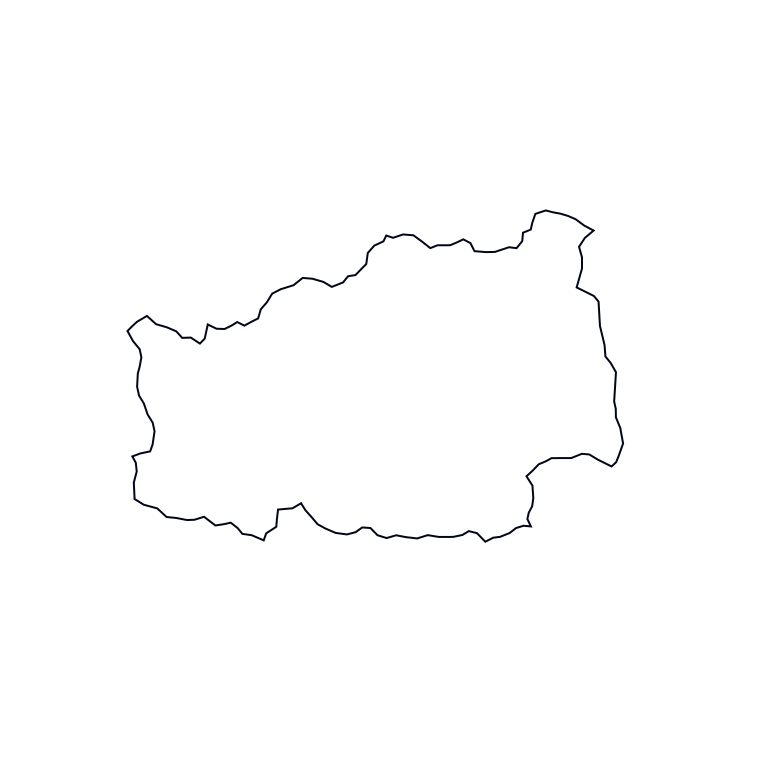 the district of São Sebastião da Grama, São Paulo, Brazil, rotated 314°
{"feature_id": "56859067B74553829999023", "entity_name": "São Sebastião da Grama", "entity_type": "district", "adm_level": 2, "iso_a3": "BRA", "parent_name": "Brazil", "parent_adm1": "São Paulo", "projection": "robinson", "projection_center": [-46.755, -21.751], "detail": "fine", "context": "isolated", "style": "outline", "palette": "ink", "viewbox_px": 768, "rotation_deg": 314, "n_neighbors": 0, "source": "geoboundaries", "source_scale": "gbopen_adm2", "svg_char_len": 2158}
<svg xmlns="http://www.w3.org/2000/svg" viewBox="0 0 768 768"><g transform="rotate(314 384 384)"><path d="M640.0,428.2L637.1,418.2L635.6,407.2L632.7,399.6L629.1,392.6L625.1,386.6L621.2,379.8L611.5,374.7L602.6,378.9L597.0,382.3L589.4,378.9L582.8,384.2L573.8,385.0L569.2,378.9L556.0,372.0L549.6,365.6L542.4,356.8L545.4,348.3L543.1,340.5L537.0,338.3L529.8,335.2L520.9,326.1L513.9,322.9L512.9,312.8L511.4,301.9L504.9,293.9L495.4,288.9L492.4,282.5L486.2,284.5L476.8,280.9L467.0,281.3L458.0,287.9L450.7,287.8L442.5,287.8L436.6,283.3L428.6,284.0L417.6,279.0L415.3,269.4L410.0,259.4L403.8,251.8L392.2,250.3L380.5,243.9L371.3,240.8L361.4,243.0L352.1,243.5L343.8,247.9L337.5,245.7L329.0,243.0L326.6,235.4L320.2,233.8L312.8,231.1L307.4,225.1L304.4,215.9L292.1,223.5L285.2,223.5L283.2,212.8L277.0,206.8L277.6,198.0L273.9,188.3L268.7,178.5L268.3,166.2L257.1,163.1L250.2,162.7L243.9,162.7L240.5,173.8L239.3,184.1L234.6,191.0L226.4,196.4L220.7,199.5L210.5,208.3L205.5,215.9L203.2,224.7L197.9,235.1L195.5,244.5L190.6,251.8L179.7,259.6L173.1,262.6L164.7,256.9L157.1,253.3L154.9,260.2L149.3,266.9L139.3,272.5L128.0,284.5L130.3,295.1L137.0,307.3L137.3,320.0L143.3,327.6L149.3,336.8L154.6,341.9L163.5,346.8L165.1,361.0L172.1,366.3L177.8,370.1L178.7,378.9L177.8,386.2L183.3,393.8L188.0,406.1L194.7,403.0L206.5,405.7L212.7,400.6L220.1,395.0L231.0,404.5L240.6,407.2L238.6,415.2L237.9,424.8L237.0,433.6L239.3,442.1L243.3,452.7L250.1,461.9L257.7,466.5L265.7,468.0L271.0,474.3L270.7,484.4L275.0,492.9L283.6,497.8L288.9,505.9L295.9,515.1L305.7,520.5L312.0,529.6L322.1,540.0L329.9,545.3L337.1,547.2L341.3,554.5L340.9,566.4L349.4,569.4L354.7,573.7L364.1,577.9L372.2,579.1L378.9,582.8L383.6,588.6L386.5,580.9L392.1,577.5L399.0,575.5L405.7,570.6L414.0,561.4L416.6,550.6L424.6,551.1L433.8,551.1L440.8,554.1L447.0,556.0L453.4,562.5L460.9,570.2L471.2,574.8L475.9,580.6L478.2,590.6L482.8,605.0L489.0,605.3L495.3,602.8L507.3,597.3L516.5,584.5L521.1,574.0L527.2,567.9L531.2,561.8L553.6,542.7L556.6,532.4L557.6,524.2L565.2,515.6L575.8,499.0L592.3,481.1L593.1,473.8L587.3,455.5L604.6,446.2L612.6,438.5L618.2,429.0L628.7,427.0L640.0,428.2Z" fill="none" stroke="#020617" stroke-width="2"/></g></svg>